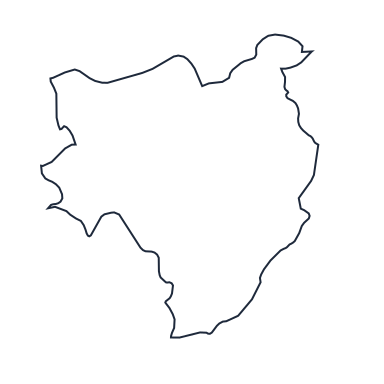 SVG path tracing the border of Dibër, rotated 259°
{"feature_id": "ALB-1526", "entity_name": "Dibër", "entity_type": "County", "adm_level": 1, "iso_a3": "ALB", "parent_name": "Albania", "parent_adm1": "", "projection": "equal_earth", "projection_center": [20.235, 41.61], "detail": "fine", "context": "isolated", "style": "outline", "palette": "slate", "viewbox_px": 384, "rotation_deg": 259, "n_neighbors": 0, "source": "natural_earth", "source_scale": "10m", "svg_char_len": 2394}
<svg xmlns="http://www.w3.org/2000/svg" viewBox="0 0 384 384"><g transform="rotate(259 192 192)"><path d="M330.4,295.6L330.8,296.8L330.7,303.6L328.0,311.9L324.4,318.8L319.4,325.0L314.0,328.3L308.5,326.6L307.1,336.4L307.0,336.2L298.4,324.0L296.3,318.9L295.3,312.3L295.2,307.3L296.1,303.0L292.5,303.6L287.1,305.3L282.3,304.3L277.6,302.8L275.3,303.0L273.8,303.9L272.7,305.0L271.3,305.4L269.6,303.1L267.9,302.8L265.8,303.7L262.1,308.5L259.6,310.5L256.9,311.5L253.8,312.1L248.3,311.9L244.0,310.2L240.5,309.7L237.0,310.0L233.9,311.2L231.1,312.9L225.4,317.4L224.2,319.0L222.8,320.0L221.4,320.7L219.0,321.3L217.6,321.8L216.6,322.4L214.3,325.0L185.4,314.9L180.1,311.0L165.6,295.6L154.9,295.6L152.8,298.6L148.7,302.5L146.1,302.9L143.7,301.6L140.4,296.2L137.7,293.3L131.2,289.4L124.2,283.5L123.0,281.4L122.3,279.5L121.9,277.8L119.7,274.7L119.1,273.3L118.7,271.1L117.7,267.8L109.8,256.0L102.4,247.9L97.9,244.2L94.7,242.3L90.3,242.1L75.2,230.4L61.7,213.7L58.6,201.0L58.9,197.5L57.7,193.7L55.9,190.9L50.2,184.6L49.4,182.5L49.9,180.7L51.1,179.4L52.6,173.1L51.5,151.9L53.2,143.6L54.5,143.9L57.6,145.5L61.9,148.5L70.3,150.6L75.7,149.8L82.5,147.7L88.5,144.7L89.7,145.4L92.0,149.8L93.6,151.3L96.2,153.0L103.9,155.5L106.3,154.6L107.7,152.6L107.8,150.8L108.1,149.4L109.4,148.3L114.1,144.9L116.5,144.4L120.5,144.4L133.8,146.8L137.2,145.8L139.7,143.7L141.2,141.0L142.7,135.0L144.3,132.8L147.2,130.8L183.8,116.2L186.8,111.7L187.1,108.7L186.8,101.8L185.1,98.3L168.7,84.4L168.1,82.7L169.0,81.5L171.4,80.7L175.3,80.3L180.1,79.4L184.8,77.4L188.1,73.1L193.0,68.1L197.2,65.1L203.6,54.7L203.5,47.6L206.2,51.1L206.4,52.5L206.4,54.3L206.2,56.0L206.5,58.5L207.6,61.1L210.5,63.5L214.6,64.0L221.6,62.5L225.6,59.9L228.7,56.7L230.9,53.4L233.3,50.6L238.9,48.2L246.6,48.9L246.0,50.5L248.3,60.0L259.0,75.8L261.4,83.0L260.8,86.8L270.2,85.5L275.5,83.6L279.5,81.2L281.0,79.0L279.9,77.4L278.8,76.0L278.7,74.4L282.9,73.6L290.8,73.3L314.4,77.6L320.7,76.4L327.3,74.4L330.5,74.7L330.6,77.4L333.6,90.0L334.3,97.1L334.6,100.3L332.1,104.7L323.3,113.2L319.5,118.1L316.4,124.7L315.3,130.0L318.4,166.1L320.4,176.8L328.5,200.0L328.5,203.3L328.6,204.4L326.5,209.6L323.3,212.8L318.1,215.9L312.6,218.2L294.0,222.2L295.4,229.3L294.3,242.8L297.0,250.2L301.3,252.2L304.2,255.2L308.3,262.9L309.1,264.3L310.4,268.2L311.2,276.3L311.9,279.1L314.6,281.3L321.0,282.4L323.9,284.2L328.4,290.6L330.4,295.6Z" fill="none" stroke="#1e293b" stroke-width="2"/></g></svg>